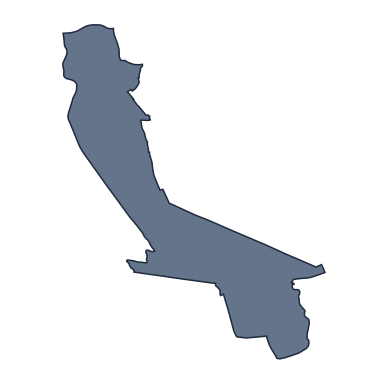 Quan 8, Hồ Chí Minh city, Vietnam, rotated 273°
{"feature_id": "81297802B52284124086366", "entity_name": "Quan 8", "entity_type": "district", "adm_level": 2, "iso_a3": "VNM", "parent_name": "Vietnam", "parent_adm1": "Hồ Chí Minh city", "projection": "equal_earth", "projection_center": [106.647, 10.722], "detail": "fine", "context": "isolated", "style": "filled", "palette": "slate", "viewbox_px": 384, "rotation_deg": 273, "n_neighbors": 0, "source": "geoboundaries", "source_scale": "gbopen_adm2", "svg_char_len": 3546}
<svg xmlns="http://www.w3.org/2000/svg" viewBox="0 0 384 384"><g transform="rotate(273 192 192)"><path d="M351.2,105.0L351.1,104.5L350.9,102.5L350.9,100.7L351.2,99.2L351.6,97.9L352.6,96.1L353.8,92.7L354.0,90.3L353.9,87.9L353.8,85.0L353.4,81.9L352.7,79.4L351.8,77.2L350.5,74.8L349.2,72.8L346.5,68.6L345.5,65.4L344.5,62.1L344.4,60.8L343.8,55.0L338.2,56.1L336.7,56.3L334.4,56.6L333.6,56.7L331.3,57.1L331.1,57.1L328.0,59.2L325.9,59.9L321.9,59.5L321.2,59.2L316.0,57.1L313.8,56.3L311.3,56.4L306.3,57.8L304.3,57.7L301.7,57.8L300.8,58.3L299.9,58.8L298.8,60.5L297.5,66.5L296.1,69.2L294.2,70.9L292.2,71.4L287.5,71.3L284.8,70.5L279.8,68.3L277.3,67.7L276.1,67.5L267.7,65.4L265.3,64.7L261.0,64.1L258.2,64.7L253.6,67.0L244.1,71.5L243.2,71.9L239.2,73.8L231.9,77.2L231.1,77.7L226.7,80.6L224.0,82.6L210.7,93.2L205.4,97.4L196.7,104.3L187.2,112.0L186.9,112.3L180.3,117.7L179.5,118.3L163.8,131.1L158.8,135.8L155.9,138.4L154.6,139.6L153.7,140.3L151.0,142.7L147.6,145.4L145.7,146.3L143.2,148.4L141.8,150.3L140.3,151.4L136.7,153.4L134.7,154.9L132.1,157.2L130.9,157.7L130.3,154.7L131.3,152.4L131.7,150.7L131.5,149.6L130.3,149.0L129.5,149.0L126.6,150.3L124.9,150.6L123.2,150.1L121.7,150.1L120.7,150.8L119.4,150.9L118.9,149.7L118.9,148.3L119.2,145.1L119.3,141.2L120.4,136.6L120.4,134.3L120.7,132.6L120.7,130.9L119.7,130.3L119.0,130.5L117.9,132.2L117.0,133.0L115.4,133.4L113.5,134.9L112.6,135.5L112.2,136.6L110.6,138.4L109.0,138.2L107.4,156.0L106.2,170.2L105.8,173.6L104.2,191.7L103.3,202.9L102.1,217.1L102.0,220.3L99.7,220.5L97.9,222.8L96.0,224.7L93.9,225.3L91.5,225.3L90.1,225.9L90.2,226.1L91.5,228.8L75.1,234.6L55.2,241.1L49.8,244.1L49.7,244.9L49.5,246.5L49.1,253.9L50.4,263.5L51.8,272.8L52.0,273.9L48.4,275.1L42.8,277.5L38.9,279.8L33.8,283.4L30.3,285.5L30.0,288.5L31.5,293.8L33.7,299.6L36.6,306.8L41.6,314.2L44.1,316.2L47.1,316.7L49.6,316.4L52.3,314.5L56.3,314.4L61.2,315.2L67.7,316.0L70.8,315.3L72.3,313.3L73.8,311.2L74.9,310.7L76.7,310.7L79.2,311.1L79.8,310.7L80.4,310.2L81.0,309.6L81.7,308.9L82.3,308.2L83.1,307.5L83.9,306.8L84.7,306.1L85.5,305.6L87.3,304.9L90.5,304.7L92.1,304.1L93.6,303.9L96.4,304.9L98.4,304.7L99.5,304.1L100.0,303.2L99.9,300.0L99.9,298.8L102.1,297.1L103.8,296.9L105.0,297.2L105.1,298.7L106.2,298.4L106.6,296.0L107.2,296.0L110.0,298.1L111.0,303.1L111.4,305.7L112.0,310.6L112.7,314.4L113.9,317.7L117.9,327.5L118.5,329.0L119.9,328.4L121.3,327.8L126.3,325.1L125.1,322.8L123.5,319.9L127.9,308.2L135.4,287.8L138.0,281.3L140.3,275.4L143.0,268.5L156.8,230.7L163.6,212.8L169.4,195.8L179.7,169.8L181.6,168.8L193.2,162.8L192.2,159.9L204.9,153.9L206.9,153.0L213.9,151.4L219.3,150.5L228.1,147.5L229.5,147.6L229.5,146.6L232.4,146.2L237.8,144.8L239.4,145.0L240.3,144.5L242.1,143.3L245.6,142.2L248.1,141.6L252.9,138.9L256.3,138.1L261.0,137.1L261.2,140.4L261.1,143.9L261.7,146.3L262.4,145.7L262.6,146.3L263.5,145.7L264.0,145.5L264.7,145.5L265.0,145.9L265.6,145.6L266.1,144.8L266.6,144.1L266.4,143.2L266.4,142.0L267.5,141.0L274.8,134.3L275.8,132.9L281.3,128.4L281.6,128.9L287.0,124.0L287.8,123.1L288.8,122.4L291.2,125.7L289.8,126.7L289.8,127.0L289.9,127.3L290.6,128.3L290.9,128.6L291.4,129.2L292.6,130.3L295.1,131.9L298.0,133.3L298.5,133.5L298.9,133.5L300.2,133.2L302.9,132.2L303.0,133.1L304.6,133.2L305.9,133.0L306.8,133.2L308.0,133.5L309.1,133.7L311.4,134.2L312.7,134.0L313.4,134.2L315.0,135.8L315.8,135.9L316.9,135.8L316.4,133.0L316.2,128.1L316.7,125.9L318.3,120.7L319.7,118.6L319.7,117.0L319.8,115.9L319.7,114.4L319.9,113.7L323.3,112.3L330.5,111.7L335.8,110.0L344.6,106.2L348.4,105.2L351.2,105.0Z" fill="#64748b" stroke="#1e293b" stroke-width="1.5"/></g></svg>